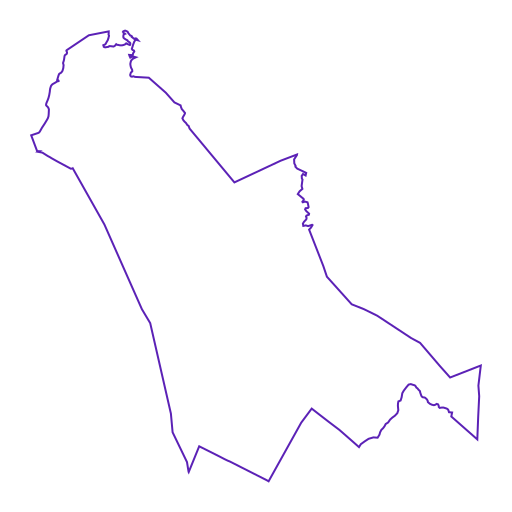 the district of San Ildefonso Amatlán, Oaxaca, Mexico
{"feature_id": "50627088B2691831673313", "entity_name": "San Ildefonso Amatlán", "entity_type": "district", "adm_level": 2, "iso_a3": "MEX", "parent_name": "Mexico", "parent_adm1": "Oaxaca", "projection": "orthographic", "projection_center": [-96.462, 16.295], "detail": "fine", "context": "isolated", "style": "outline", "palette": "violet", "viewbox_px": 512, "rotation_deg": 0, "n_neighbors": 0, "source": "geoboundaries", "source_scale": "gbopen_adm2", "svg_char_len": 4784}
<svg xmlns="http://www.w3.org/2000/svg" viewBox="0 0 512 512"><path d="M297.0,154.5L280.7,160.7L234.4,182.4L189.6,128.6L188.6,125.9L187.3,125.0L186.0,123.0L184.6,121.7L183.4,120.3L182.4,118.3L183.1,116.8L184.3,114.8L184.9,113.6L185.0,113.0L183.3,110.8L181.8,109.1L180.9,106.8L180.6,105.4L174.4,102.4L165.8,92.7L148.8,77.7L135.0,76.9L133.4,76.3L132.0,76.7L130.9,76.4L130.3,75.6L130.2,74.8L130.5,73.8L130.9,72.5L131.4,72.2L132.3,71.2L132.1,69.6L131.3,68.2L130.8,66.9L130.5,65.4L130.3,64.0L130.7,61.9L131.2,60.5L132.3,59.3L133.3,58.5L134.2,58.1L135.9,57.3L134.2,56.8L133.0,56.6L131.7,56.8L130.3,57.6L129.6,56.1L129.2,54.9L131.7,55.1L132.8,54.8L133.1,53.3L134.3,51.5L134.0,50.6L132.5,49.9L131.8,48.9L132.3,47.4L133.1,44.7L134.2,41.8L135.3,40.1L136.2,39.8L138.0,40.3L136.5,38.6L135.9,38.4L135.2,38.4L134.7,38.7L134.4,38.7L134.3,38.9L133.9,38.7L133.7,38.5L133.1,38.0L132.7,37.6L132.4,37.3L132.2,37.3L131.9,37.1L132.0,36.9L132.0,36.6L131.8,36.2L131.2,35.8L130.4,35.6L130.1,35.4L129.7,34.8L129.2,34.2L128.5,33.4L127.9,32.3L127.6,31.7L126.8,31.3L125.5,30.7L124.8,30.7L123.3,31.3L123.0,31.8L123.4,32.1L123.4,32.8L124.0,33.4L124.8,33.5L125.1,33.8L124.3,34.1L123.8,34.5L123.4,35.2L123.4,36.0L123.3,36.9L123.5,37.7L124.3,38.5L126.5,39.9L127.4,40.3L127.7,40.9L127.9,41.2L128.4,41.6L128.9,41.9L129.5,42.3L129.8,42.5L130.0,42.7L130.2,43.0L130.3,43.2L130.3,43.7L130.3,44.2L130.2,44.6L130.1,44.9L129.9,45.0L129.7,44.9L129.4,44.8L128.8,44.6L127.4,44.0L127.1,43.8L126.9,43.8L126.7,43.6L126.5,43.4L126.3,43.3L126.2,43.3L125.2,44.3L123.8,44.9L122.2,45.3L120.0,45.3L119.3,45.2L118.2,44.9L117.5,44.9L116.9,44.7L116.2,44.2L115.7,44.8L115.2,45.5L114.4,46.1L113.6,46.5L113.2,46.5L112.7,46.4L112.3,46.4L111.0,46.2L109.4,46.1L109.1,46.2L108.9,46.5L108.5,46.8L106.6,47.1L105.5,47.3L105.0,47.3L104.3,47.1L103.8,46.8L103.8,46.5L103.6,46.1L103.3,45.2L103.5,45.1L103.8,45.0L104.8,44.6L105.4,44.2L105.6,43.9L106.1,43.0L106.7,41.9L107.5,40.6L108.0,39.6L108.1,38.9L108.4,38.4L108.6,37.2L108.9,36.4L109.0,35.6L108.6,34.7L108.5,34.2L108.7,33.6L108.7,31.4L89.2,35.2L88.8,35.3L67.1,49.9L66.6,50.3L66.4,50.5L66.4,50.9L66.6,51.4L67.0,52.2L67.0,52.6L66.9,53.4L66.5,54.1L65.2,54.9L64.7,55.6L64.5,56.3L64.3,57.8L64.0,59.8L63.7,61.0L63.1,62.8L63.1,63.4L63.4,64.3L63.6,65.2L63.5,65.8L63.3,68.0L62.5,70.8L61.8,71.9L61.1,72.6L60.6,73.1L59.8,73.4L59.1,74.0L58.5,75.5L57.2,79.9L58.2,80.2L58.5,80.6L58.6,80.8L58.6,81.1L58.3,81.2L57.5,81.3L57.1,81.5L55.0,82.8L52.5,84.2L51.7,85.0L51.0,86.0L50.2,88.5L49.9,90.4L49.8,91.7L49.2,95.2L48.5,97.9L47.7,100.1L47.0,101.7L46.4,103.2L46.1,104.4L46.1,105.2L46.6,105.9L47.8,107.0L48.5,108.2L48.9,109.4L48.8,111.8L48.7,114.1L48.5,116.2L47.9,118.1L47.1,119.6L44.7,123.6L42.0,127.7L39.8,131.6L39.3,132.2L38.8,132.7L38.1,133.0L31.2,135.3L36.7,150.0L36.8,150.2L37.1,151.1L39.1,151.2L38.0,151.8L41.3,152.4L42.5,152.7L47.4,155.8L47.7,156.0L49.6,157.0L50.8,157.7L51.0,157.9L57.4,161.5L70.8,168.7L72.7,168.5L72.8,168.4L104.4,224.5L126.7,274.9L141.9,309.2L150.2,323.1L170.9,413.6L172.6,432.3L187.0,462.1L187.8,467.1L188.6,471.9L188.7,472.1L199.2,446.3L219.9,456.7L224.5,459.1L227.8,460.7L229.6,461.4L266.9,480.3L268.6,481.3L281.0,459.0L301.2,422.7L311.7,408.6L319.0,414.3L328.7,421.8L339.4,429.9L352.2,441.1L359.0,447.1L360.8,444.2L364.8,441.3L368.6,438.8L373.4,437.4L377.6,437.7L379.5,434.6L380.1,432.3L381.4,429.8L383.0,428.3L384.5,426.3L385.7,424.0L388.1,422.5L390.1,419.6L392.3,417.6L394.8,415.8L397.3,413.2L398.3,410.2L397.9,405.8L398.0,403.4L398.4,401.4L400.6,400.5L401.6,397.4L402.3,393.2L403.8,390.6L406.4,387.2L408.6,384.6L410.8,384.1L413.2,384.9L414.7,385.3L415.7,386.3L416.3,387.5L417.5,388.4L418.5,389.7L420.0,391.2L420.1,391.8L420.1,392.2L421.3,395.7L421.8,396.5L422.6,397.2L423.7,397.4L424.6,397.5L425.3,397.9L426.8,399.3L427.6,400.6L427.9,402.1L429.9,403.8L431.2,404.4L431.8,404.7L433.9,405.2L435.2,404.8L435.9,404.4L436.7,403.9L438.1,404.4L438.7,405.8L438.8,407.0L439.7,407.9L441.3,407.6L442.3,407.6L442.9,407.5L443.6,407.6L446.2,408.4L446.7,408.6L447.6,409.1L448.3,410.0L448.6,410.9L449.0,412.2L452.1,412.5L451.3,416.5L477.3,439.4L478.2,416.5L479.2,396.2L478.4,385.6L480.8,365.5L450.1,377.5L439.6,365.7L420.1,342.9L411.2,338.1L377.2,315.7L364.0,309.2L351.7,304.3L326.9,276.7L323.3,266.0L309.1,229.6L311.0,227.6L312.5,225.1L312.1,224.8L308.1,226.1L305.8,225.4L303.3,225.9L302.9,223.6L304.0,221.8L306.3,219.3L306.6,218.0L306.0,216.5L306.5,215.6L308.9,214.7L309.1,213.7L306.3,211.1L305.1,209.4L305.6,208.2L307.9,208.0L308.6,207.1L307.9,203.6L307.5,202.3L305.0,201.6L302.8,202.3L302.5,202.0L302.4,201.7L303.4,200.6L303.8,199.3L303.5,198.8L297.8,194.1L299.6,191.3L302.4,188.9L301.6,186.1L302.5,179.5L301.9,178.6L301.7,175.9L303.0,174.0L305.6,175.5L306.2,172.9L297.2,168.6L295.4,166.7L295.6,165.9L294.3,163.4L294.1,159.4L296.9,155.1L297.0,154.5Z" fill="none" stroke="#5b21b6" stroke-width="2"/></svg>